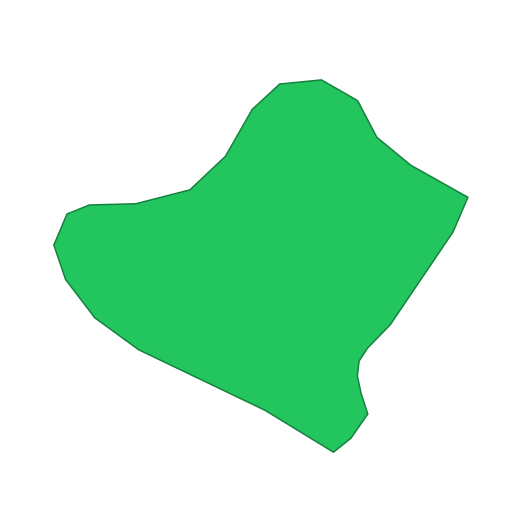 Hsinchu City, Mercator projection, rotated 188°
{"feature_id": "TWN-1161", "entity_name": "Hsinchu City", "entity_type": "Provincial City", "adm_level": 1, "iso_a3": "TWN", "parent_name": "Taiwan", "parent_adm1": "", "projection": "mercator", "projection_center": [120.949, 24.782], "detail": "fine", "context": "isolated", "style": "filled", "palette": "green", "viewbox_px": 512, "rotation_deg": 188, "n_neighbors": 0, "source": "natural_earth", "source_scale": "10m", "svg_char_len": 502}
<svg xmlns="http://www.w3.org/2000/svg" viewBox="0 0 512 512"><g transform="rotate(188 256 256)"><path d="M54.3,343.6L64.2,307.3L113.5,206.6L132.8,180.2L139.3,166.3L138.9,151.3L133.0,135.0L123.3,115.1L136.6,88.8L152.0,72.5L225.5,104.4L359.1,146.8L407.0,172.3L441.3,206.2L457.7,238.7L449.0,271.3L428.2,283.3L382.4,291.0L330.7,312.3L300.2,350.4L280.2,400.6L258.2,427.5L256.5,429.6L215.7,439.5L176.9,423.9L152.9,390.4L115.3,367.4L54.3,343.6Z" fill="#22c55e" stroke="#15803d" stroke-width="1.5"/></g></svg>